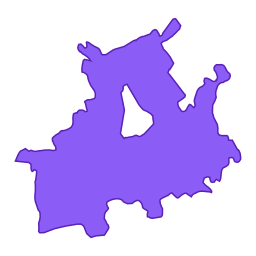 Damanhur, Al Buhayrah, Egypt
{"feature_id": "37247803B72315750145926", "entity_name": "Damanhur", "entity_type": "district", "adm_level": 2, "iso_a3": "EGY", "parent_name": "Egypt", "parent_adm1": "Al Buhayrah", "projection": "natural_earth1", "projection_center": [30.469, 31.031], "detail": "fine", "context": "isolated", "style": "filled", "palette": "violet", "viewbox_px": 256, "rotation_deg": 0, "n_neighbors": 0, "source": "geoboundaries", "source_scale": "gbopen_adm2", "svg_char_len": 5774}
<svg xmlns="http://www.w3.org/2000/svg" viewBox="0 0 256 256"><path d="M15.4,161.1L28.8,162.5L30.9,164.3L31.1,166.3L31.0,167.8L31.4,170.3L32.2,171.4L33.5,170.7L34.0,169.7L34.8,169.9L36.5,170.8L36.7,172.2L35.8,179.6L35.1,181.8L35.4,186.1L35.3,192.3L35.0,194.3L34.9,198.0L35.3,201.3L37.4,207.5L37.9,209.2L38.3,210.1L39.5,211.5L40.0,212.8L40.2,216.8L39.7,219.9L38.7,223.1L38.9,227.7L38.7,231.6L39.8,232.8L44.2,232.6L54.1,228.8L65.0,226.2L77.5,224.1L81.4,224.2L83.8,226.2L86.8,233.7L91.0,237.4L95.8,235.9L104.4,235.1L108.1,229.3L108.7,227.9L108.8,227.0L108.1,225.0L107.1,224.1L105.3,220.2L104.3,218.8L104.3,218.1L104.6,214.2L105.7,211.7L106.8,210.8L108.4,208.6L108.1,207.4L107.3,206.3L106.6,204.0L107.0,202.1L109.4,200.6L112.6,199.4L114.3,199.0L117.6,198.7L119.9,199.1L121.7,199.8L123.3,201.6L124.9,202.6L126.6,203.2L127.4,203.7L132.3,203.4L134.2,201.7L137.5,200.3L139.3,200.8L140.2,201.7L141.3,203.0L142.3,205.1L142.5,206.9L143.2,208.2L147.6,210.9L147.9,211.6L147.3,214.0L147.4,216.8L148.8,216.8L149.3,217.4L150.2,217.9L152.3,218.3L161.0,216.9L161.5,216.5L161.8,216.1L162.4,214.8L162.5,209.6L162.4,208.3L161.7,207.3L160.3,203.6L159.9,200.6L160.1,199.8L160.7,199.1L163.3,197.5L165.1,196.8L166.8,195.8L167.9,195.6L167.9,195.3L169.0,194.6L170.6,193.3L171.9,193.0L175.1,196.2L176.4,197.3L177.3,197.9L178.5,197.7L180.4,196.0L182.9,194.2L185.0,193.2L186.2,193.2L187.5,194.3L189.4,195.4L191.3,196.8L192.3,195.1L193.6,193.9L195.6,193.1L197.8,191.9L199.9,191.3L202.2,191.2L203.6,191.3L209.7,191.9L211.5,192.5L211.7,191.1L210.1,189.0L208.3,187.3L205.9,185.6L203.4,183.0L203.1,182.0L204.3,178.0L207.5,176.8L209.7,177.3L210.0,179.3L210.5,180.8L211.3,182.1L213.2,182.2L214.4,182.0L215.1,180.7L216.3,179.4L219.5,181.2L220.3,179.7L220.7,178.2L221.4,171.7L222.0,169.5L222.7,168.4L223.3,167.8L225.8,166.6L227.7,165.3L228.5,164.1L228.9,162.7L228.9,160.4L228.8,158.9L228.9,158.0L231.4,157.5L232.5,157.7L233.3,158.1L234.4,161.0L234.9,161.6L236.6,162.2L238.2,162.1L239.5,161.0L240.6,159.3L240.6,156.9L240.1,153.3L238.9,150.6L238.1,149.7L237.6,149.8L232.3,140.2L231.3,140.4L230.1,140.1L228.6,140.1L228.4,138.0L227.7,136.1L226.8,135.6L221.7,135.6L219.7,135.2L218.4,134.0L217.8,132.2L217.8,131.1L217.9,128.2L217.3,124.4L214.0,118.0L213.5,116.6L213.1,114.9L212.5,113.1L212.5,109.9L212.7,105.0L214.8,101.0L216.2,97.4L215.7,94.7L215.8,91.4L217.8,85.4L219.0,84.2L220.6,82.8L223.3,82.4L224.8,81.3L227.3,80.4L228.5,79.5L229.2,78.8L229.7,78.0L229.9,77.0L230.1,76.7L230.2,75.2L229.9,74.2L229.4,73.4L228.2,72.5L226.3,70.0L225.8,68.6L224.2,66.0L223.2,65.2L221.5,64.6L218.5,64.8L216.5,64.7L215.9,65.1L214.7,66.3L214.2,67.2L214.1,68.6L214.3,70.1L215.5,71.6L216.2,72.9L217.4,76.6L217.5,77.8L217.0,78.8L216.5,80.3L216.1,80.0L215.6,81.1L214.0,81.4L213.2,81.4L210.6,80.0L209.9,79.4L206.8,78.2L206.0,78.1L204.6,78.5L204.0,81.1L204.8,83.8L202.9,86.0L199.9,87.5L198.2,89.2L197.1,91.2L195.0,97.5L194.2,100.8L194.8,103.5L195.1,105.9L193.8,107.6L192.4,106.4L191.3,105.2L189.8,104.4L188.7,105.2L188.3,106.2L187.5,107.3L187.2,108.1L186.7,109.2L186.4,109.7L185.9,110.1L185.6,110.7L183.9,111.5L181.5,111.2L179.8,108.5L178.7,107.2L177.7,103.9L178.0,101.8L179.9,100.7L181.7,99.3L182.2,99.1L184.8,97.0L185.2,95.8L185.3,95.4L184.9,94.4L184.2,93.8L169.8,74.9L168.6,73.6L167.9,72.6L168.8,70.6L169.1,69.4L169.8,69.6L172.3,65.7L173.6,63.2L171.5,59.5L170.3,57.2L169.5,56.1L166.4,52.1L163.1,48.7L163.0,47.7L162.0,45.9L161.4,44.4L161.2,43.2L163.3,41.4L166.6,40.3L170.3,37.5L172.1,36.4L173.4,35.0L175.4,33.2L178.3,30.1L179.7,28.8L179.9,27.6L180.7,25.7L176.1,19.3L175.0,18.6L172.9,19.3L163.3,32.5L162.7,33.6L162.4,34.8L161.5,35.5L160.1,36.1L159.7,36.0L159.2,35.1L158.8,33.5L157.9,32.5L157.5,31.4L156.3,30.0L155.0,29.6L153.2,30.4L152.5,31.0L149.9,34.2L147.2,35.0L145.4,35.8L143.3,36.5L142.3,36.5L141.5,36.9L139.8,37.5L137.8,38.8L136.7,39.8L136.0,39.9L135.8,40.5L135.2,40.2L133.6,40.7L124.2,46.5L114.9,49.2L113.4,49.8L105.9,54.7L102.2,54.7L101.7,54.1L101.2,53.2L100.0,50.4L99.5,49.5L98.7,48.6L98.2,48.2L94.1,46.2L93.3,45.6L91.6,44.7L88.9,42.6L87.6,42.1L86.7,42.0L86.4,42.6L86.7,44.9L87.0,46.0L86.5,47.4L85.1,48.1L84.6,47.9L83.2,46.2L81.9,44.9L80.7,44.0L80.2,44.2L78.9,44.4L78.3,45.6L77.8,47.8L78.5,50.1L80.0,51.8L80.6,51.6L81.0,52.3L82.9,54.0L84.3,54.7L87.0,56.6L87.9,57.5L88.9,58.3L89.6,59.1L90.0,60.2L90.5,60.7L84.6,59.4L83.3,60.5L82.3,65.5L81.9,68.7L82.0,72.0L83.0,72.3L83.9,72.5L84.4,72.9L85.6,73.5L87.0,74.9L87.7,76.4L88.0,78.3L88.6,80.6L89.8,83.5L90.9,85.7L94.2,90.5L95.1,92.4L95.3,94.3L95.3,96.4L95.2,97.3L94.1,98.7L91.6,99.3L89.9,99.9L88.2,99.7L87.5,99.8L84.9,101.3L84.7,101.8L85.3,103.0L85.6,104.3L85.8,104.7L86.3,107.2L86.6,108.9L87.1,109.6L87.0,111.3L85.2,111.7L83.5,110.4L82.9,110.1L81.3,110.2L79.9,110.0L78.7,110.6L77.6,111.7L77.2,112.9L76.9,112.7L76.2,112.8L73.9,113.6L73.4,114.2L72.9,117.9L73.1,121.8L73.0,122.4L73.1,123.1L72.7,123.8L72.7,124.5L72.5,125.1L71.2,127.3L68.7,128.8L66.6,129.8L64.4,130.5L61.3,130.8L60.8,131.3L60.4,131.4L59.9,132.2L58.6,133.6L58.3,133.5L55.4,135.3L54.2,136.5L53.3,137.1L52.5,138.0L52.4,139.5L52.5,140.6L52.5,141.0L53.2,141.9L53.6,143.4L54.3,144.8L55.4,146.2L55.8,147.6L55.9,150.0L54.3,150.4L52.7,150.5L49.7,150.0L44.4,150.1L41.3,150.6L39.0,150.8L37.1,151.2L34.3,151.4L31.1,150.3L30.2,150.6L29.1,151.3L25.3,148.6L23.5,149.7L20.8,150.9L20.1,151.5L19.2,152.8L18.0,154.9L15.4,161.1ZM143.2,134.5L140.7,136.2L139.4,136.5L138.6,136.3L137.0,135.5L136.3,135.3L134.9,135.5L133.7,136.2L131.8,136.8L130.4,136.9L126.5,137.7L125.5,137.5L124.6,138.0L124.1,138.5L120.7,134.0L120.5,133.3L124.4,110.1L120.9,92.6L122.7,90.7L123.2,89.0L123.1,88.2L123.2,86.6L123.4,86.2L124.3,85.4L126.3,84.5L127.1,84.4L138.8,104.5L141.3,107.7L143.2,109.7L144.7,110.5L146.3,111.0L151.0,113.9L151.9,115.1L152.8,115.8L153.1,120.1L153.5,121.4L153.5,124.1L144.3,133.9L143.2,134.5Z" fill="#8b5cf6" stroke="#5b21b6" stroke-width="1.5"/></svg>